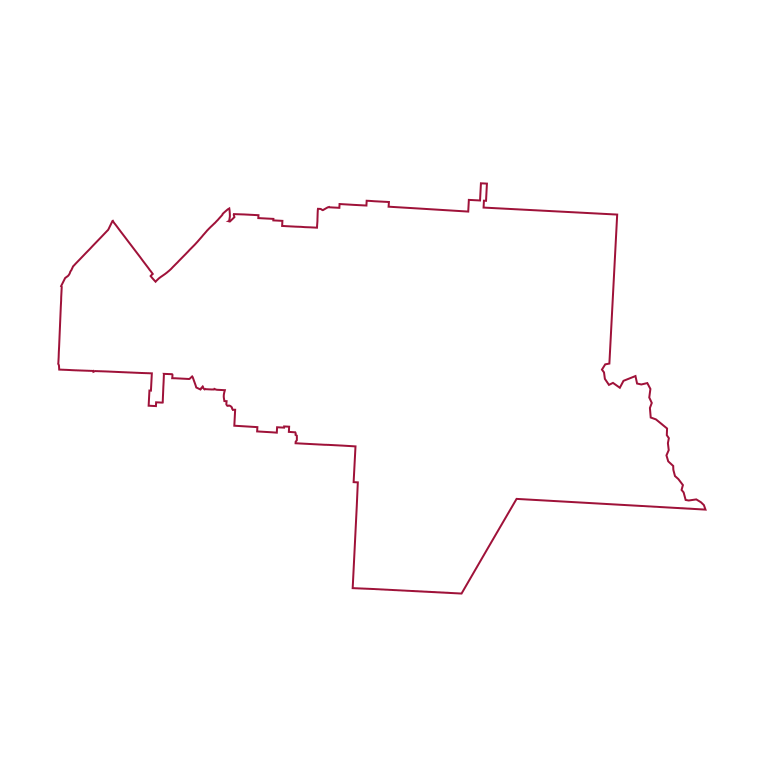 the district of Armadale, Western Australia, Australia, rotated 3°
{"feature_id": "25037944B45600387855719", "entity_name": "Armadale", "entity_type": "district", "adm_level": 2, "iso_a3": "AUS", "parent_name": "Australia", "parent_adm1": "Western Australia", "projection": "equal_earth", "projection_center": [116.021, -32.179], "detail": "fine", "context": "isolated", "style": "outline", "palette": "rose", "viewbox_px": 768, "rotation_deg": 3, "n_neighbors": 0, "source": "geoboundaries", "source_scale": "gbopen_adm2", "svg_char_len": 5727}
<svg xmlns="http://www.w3.org/2000/svg" viewBox="0 0 768 768"><g transform="rotate(3 384 384)"><path d="M58.9,386.6L67.0,386.5L73.9,386.5L91.9,386.2L92.1,386.2L92.4,386.2L92.6,386.2L93.0,386.1L93.1,386.5L93.2,387.0L94.6,386.3L94.9,386.2L95.3,386.2L95.5,386.2L106.4,386.0L120.1,385.9L140.9,385.7L151.6,385.5L151.6,389.1L151.6,389.7L151.6,402.8L150.1,402.8L150.1,418.0L157.4,418.0L157.4,414.2L163.7,414.2L164.0,414.1L163.9,407.9L163.9,406.7L163.8,398.1L163.8,393.5L163.7,385.9L163.7,385.7L163.6,385.4L171.8,385.3L172.1,385.5L172.2,385.8L172.3,386.0L172.3,387.6L172.2,389.3L175.2,389.2L180.7,389.2L181.8,389.2L185.7,389.2L188.8,389.2L189.1,389.2L189.3,389.1L189.6,389.0L189.8,388.8L192.0,386.5L192.6,387.2L195.9,395.1L196.7,397.3L201.0,399.1L202.0,397.8L201.8,397.6L203.1,396.0L203.3,396.3L203.5,396.6L203.6,397.3L204.1,397.8L204.5,398.3L204.8,398.6L205.1,398.8L205.3,398.7L205.5,398.6L205.8,398.4L205.9,398.5L206.0,398.5L206.7,398.5L211.1,398.5L214.3,398.4L214.7,398.3L214.9,397.7L215.0,397.7L215.3,397.9L215.7,398.1L215.9,398.2L216.2,398.3L216.8,398.4L217.3,398.5L225.4,398.5L224.9,400.9L224.7,402.3L224.7,402.5L224.6,403.1L224.6,403.3L224.6,403.7L224.6,404.1L224.6,404.5L224.6,404.9L224.7,405.3L224.7,405.7L224.8,406.2L225.5,409.4L227.7,409.4L227.6,412.3L227.6,412.5L227.9,413.0L228.3,413.6L228.6,413.9L229.0,414.0L229.4,414.0L230.0,413.7L230.3,413.6L231.2,413.8L231.8,414.1L232.3,414.4L232.7,414.8L233.0,415.0L233.3,415.4L233.6,416.4L233.7,416.8L234.2,417.2L234.5,417.8L235.3,417.6L235.9,417.5L236.4,417.5L236.7,417.5L236.7,422.4L236.7,433.5L249.7,433.6L259.8,433.7L259.8,438.0L275.0,438.1L279.5,438.2L279.5,432.8L286.5,432.8L286.5,431.6L291.5,431.6L291.5,436.8L297.9,436.9L298.4,437.9L298.3,439.4L299.6,440.1L299.8,442.1L299.9,444.7L298.8,446.3L298.8,447.8L299.8,447.8L311.6,447.8L328.6,447.8L331.1,447.7L346.7,447.7L358.8,447.8L358.8,483.6L363.0,483.6L363.2,507.6L363.4,584.9L363.4,589.5L382.6,589.3L472.1,589.2L472.4,589.2L496.1,542.9L522.4,491.8L711.6,492.6L709.8,488.2L706.7,485.5L701.9,482.9L694.4,484.4L691.3,484.0L688.9,476.6L686.7,474.2L687.8,469.3L682.9,463.5L679.4,460.7L677.6,455.1L677.5,454.6L677.4,454.3L677.1,450.7L671.9,446.4L669.8,440.5L671.8,435.1L670.6,428.2L671.3,423.2L669.1,420.3L669.0,413.6L657.4,405.1L652.1,403.5L650.8,394.0L652.4,388.9L649.6,383.6L650.3,375.0L646.9,369.3L641.0,371.0L636.7,370.3L634.7,362.9L623.0,368.3L619.7,375.4L612.6,370.9L608.7,373.1L604.3,367.3L603.1,360.9L600.9,358.2L603.9,352.8L608.0,351.8L608.0,304.4L608.0,291.8L608.0,259.7L608.0,202.6L474.2,202.6L474.2,195.7L476.3,195.7L476.3,178.5L470.3,178.5L470.3,195.7L459.1,195.7L459.1,207.4L405.5,206.9L379.3,206.7L379.4,202.0L365.1,202.0L360.6,201.9L360.0,201.9L357.1,201.9L357.1,204.4L357.1,206.7L356.3,206.7L350.8,206.7L344.5,206.7L330.2,206.6L330.2,210.4L319.6,210.4L319.6,210.2L318.9,210.4L318.7,210.5L318.2,210.8L317.8,211.0L314.3,213.3L314.2,213.4L314.0,213.5L313.8,213.6L313.7,213.6L313.3,213.5L312.4,212.9L312.0,212.7L311.7,212.6L311.4,212.5L311.1,212.5L308.9,212.5L308.8,213.6L308.8,216.8L308.9,221.5L308.9,222.5L309.0,224.8L308.9,229.2L308.9,231.4L306.3,231.4L302.4,231.4L296.8,231.5L293.1,231.4L287.7,231.5L282.7,231.5L278.5,231.5L276.2,231.5L274.0,231.5L274.0,226.4L271.8,226.4L264.9,226.4L264.9,224.9L250.8,224.9L249.8,224.9L249.8,222.0L243.1,222.0L235.6,222.0L225.4,222.2L225.2,222.2L225.1,222.7L225.3,223.4L225.3,223.7L225.8,224.8L225.9,225.2L221.6,229.8L221.3,229.8L220.4,229.6L220.8,229.4L220.9,228.5L221.1,227.0L221.2,225.9L221.3,225.3L221.3,224.2L221.2,223.2L221.2,222.7L221.1,221.9L220.9,220.3L220.6,218.2L220.3,216.8L220.0,217.0L218.8,217.8L216.3,220.2L214.9,221.6L214.3,222.2L213.9,222.8L213.9,223.2L213.5,223.7L213.2,224.2L212.7,224.8L212.2,225.4L211.8,225.9L211.5,226.3L211.2,226.6L211.0,226.9L210.5,227.5L209.5,228.8L208.6,229.8L208.1,230.4L207.7,230.8L207.4,231.3L206.7,232.0L206.3,232.4L206.3,232.5L205.9,232.8L205.5,233.3L205.1,233.7L203.8,235.1L203.4,235.5L202.7,236.2L202.2,236.8L201.7,237.3L201.3,237.8L200.8,238.3L200.0,239.3L199.5,239.8L199.1,240.3L198.7,240.9L198.2,241.5L196.5,243.7L196.0,244.3L195.3,245.2L194.6,246.2L193.8,247.2L192.0,249.5L190.6,251.3L190.2,251.8L189.2,253.0L187.8,254.7L184.5,258.4L182.7,260.4L182.0,261.3L180.8,262.7L179.9,263.7L179.5,264.2L177.0,267.0L173.9,270.5L172.4,272.2L171.5,273.3L170.3,274.6L167.8,277.4L166.9,278.4L165.9,279.6L165.2,280.4L163.6,282.0L163.2,282.4L162.4,283.1L161.7,283.8L159.6,285.6L156.5,288.0L155.7,288.6L155.2,289.0L154.9,289.3L154.2,289.8L153.7,290.3L153.1,290.9L152.1,292.0L151.6,292.5L151.1,293.1L150.5,293.8L147.3,290.6L145.3,288.4L146.1,287.4L147.3,286.2L146.6,285.3L145.2,283.6L143.8,282.1L143.7,281.9L143.5,281.6L143.2,281.3L143.0,281.0L136.5,273.3L133.8,270.0L127.6,262.7L123.8,258.2L120.9,254.8L117.3,250.5L116.7,249.8L115.0,247.8L113.2,245.7L110.2,242.1L108.2,239.7L106.9,238.2L106.2,237.5L106.1,237.3L105.9,237.0L105.8,236.9L105.5,236.5L105.4,236.4L105.2,236.2L105.0,235.9L104.9,235.7L104.7,235.2L104.4,235.3L103.7,236.9L100.8,243.8L100.6,244.2L100.4,244.5L100.2,244.9L100.0,245.0L93.9,252.1L86.0,261.2L82.8,265.0L79.7,268.5L74.0,275.1L69.9,279.8L68.0,282.1L67.8,282.3L67.6,282.5L67.3,282.9L67.3,283.0L67.1,283.4L66.9,284.0L66.3,285.4L66.0,286.3L65.6,287.0L65.4,287.2L65.2,287.7L64.9,288.2L64.8,288.4L64.7,288.7L64.7,289.0L64.4,289.9L64.3,290.1L64.1,290.6L63.9,291.0L63.7,291.3L63.6,291.5L63.2,292.1L62.8,292.6L62.5,292.8L62.2,293.1L61.9,293.3L61.1,294.0L60.9,294.1L60.6,294.4L60.2,294.7L59.9,295.1L59.8,295.4L59.7,295.6L59.6,295.8L59.5,296.1L56.4,303.2L57.0,303.6L57.1,304.5L57.1,310.8L57.1,311.2L57.1,314.3L57.2,317.3L57.2,321.4L57.2,323.6L57.6,363.5L57.6,363.8L57.6,369.3L57.7,374.2L57.7,380.7L57.6,380.9L58.2,381.9L58.3,382.2L58.4,382.5L58.5,382.9L58.5,383.0L58.9,386.6Z" fill="none" stroke="#9f1239" stroke-width="2"/></g></svg>